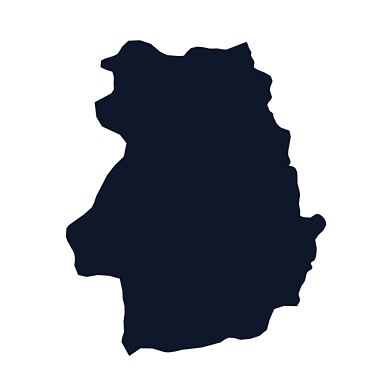 Van, Mercator projection, rotated 354°
{"feature_id": "TUR-3048", "entity_name": "Van", "entity_type": "Province", "adm_level": 1, "iso_a3": "TUR", "parent_name": "Turkey", "parent_adm1": "", "projection": "mercator", "projection_center": [43.807, 38.569], "detail": "fine", "context": "isolated", "style": "filled", "palette": "ink", "viewbox_px": 384, "rotation_deg": 354, "n_neighbors": 0, "source": "natural_earth", "source_scale": "10m", "svg_char_len": 2268}
<svg xmlns="http://www.w3.org/2000/svg" viewBox="0 0 384 384"><g transform="rotate(354 192 192)"><path d="M261.5,49.3L262.2,51.1L263.0,55.1L264.7,58.8L264.7,60.2L264.3,61.4L264.4,63.1L264.9,64.7L266.7,68.4L266.8,70.1L265.8,73.5L265.9,75.1L269.7,78.0L276.2,81.4L281.8,85.4L282.9,90.0L280.1,95.7L279.3,98.6L280.7,106.0L279.3,108.2L276.9,110.2L274.9,113.7L275.7,115.0L276.1,116.3L276.7,119.1L277.6,120.5L278.9,121.5L280.0,122.7L280.1,124.4L280.1,125.9L280.5,127.3L281.2,128.8L282.6,132.9L284.5,135.7L286.9,138.0L294.6,141.7L295.3,147.2L291.4,160.7L290.8,164.4L291.0,166.8L291.8,169.0L292.5,172.3L291.8,173.7L290.6,175.0L290.1,176.1L292.0,177.0L294.6,177.9L295.7,178.6L296.8,179.8L297.8,182.9L297.8,186.8L297.1,194.1L298.4,203.6L298.3,206.8L296.4,214.2L296.4,216.4L296.8,221.1L296.8,222.8L296.3,225.9L296.7,227.5L298.0,228.4L300.2,229.4L307.4,230.7L312.2,228.0L314.1,227.6L316.3,228.4L318.4,230.2L320.2,232.7L321.3,235.6L321.3,238.6L318.1,243.3L312.8,247.4L308.7,252.1L309.4,260.9L308.9,264.5L308.0,268.1L307.0,270.8L305.9,272.3L303.4,273.4L302.2,274.4L302.0,276.0L303.1,279.5L302.3,280.7L299.5,282.0L297.6,283.5L296.3,285.9L295.1,289.8L293.8,292.6L290.3,296.6L289.0,299.2L288.9,299.3L287.7,301.6L286.8,303.9L286.6,306.2L287.3,308.8L287.4,311.1L286.1,313.1L284.6,315.0L284.4,315.7L271.6,314.1L261.1,316.3L255.2,326.6L251.4,336.5L243.5,341.5L234.2,343.4L224.8,343.3L218.8,340.8L212.7,339.9L208.5,341.6L204.5,343.8L185.1,346.9L165.6,347.1L158.6,348.1L151.6,348.3L147.8,347.5L136.8,342.8L124.4,341.2L112.8,347.5L107.0,333.8L108.5,328.6L110.6,324.2L111.1,313.5L113.0,306.0L113.7,298.2L112.7,290.7L113.2,283.2L111.8,270.1L101.5,266.1L89.8,263.9L78.5,264.7L70.7,262.0L68.1,252.7L69.5,246.2L69.3,241.4L68.6,239.0L63.6,227.3L62.7,223.3L64.0,215.4L66.5,212.7L82.0,204.0L91.3,197.4L94.4,192.3L96.9,186.6L110.1,166.6L118.2,158.2L128.6,150.0L132.8,136.4L126.9,127.0L109.9,116.8L105.5,107.3L105.3,93.1L122.3,86.2L125.8,82.2L126.2,75.8L127.1,69.3L126.1,63.5L120.3,61.1L114.9,57.9L116.0,52.4L119.5,51.0L128.2,49.3L133.0,47.5L138.5,40.5L144.8,35.7L156.0,36.4L166.0,40.9L174.4,49.7L180.9,53.9L193.5,56.3L198.5,56.4L202.2,52.6L206.4,49.5L211.9,48.8L217.4,49.7L224.5,52.0L233.1,52.8L235.5,53.7L241.0,54.8L261.5,49.3L261.5,49.3Z" fill="#0f172a" stroke="#020617" stroke-width="1.5"/></g></svg>